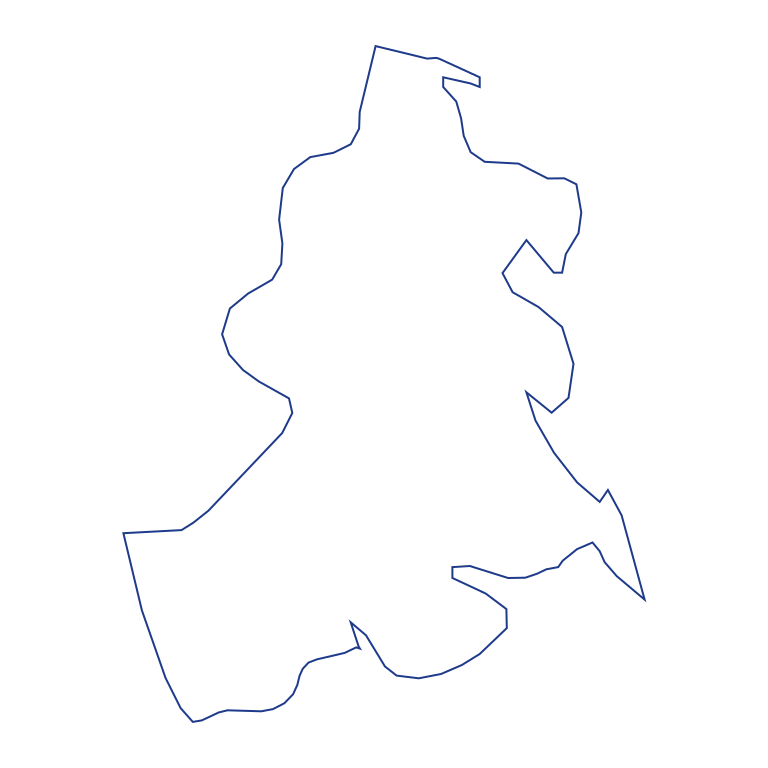 Hải Phòng, Natural Earth projection
{"feature_id": "VNM-4600", "entity_name": "Hải Phòng", "entity_type": "Province", "adm_level": 1, "iso_a3": "VNM", "parent_name": "Vietnam", "parent_adm1": "", "projection": "natural_earth1", "projection_center": [106.633, 20.813], "detail": "fine", "context": "isolated", "style": "outline", "palette": "blue", "viewbox_px": 768, "rotation_deg": 0, "n_neighbors": 0, "source": "natural_earth", "source_scale": "10m", "svg_char_len": 1425}
<svg xmlns="http://www.w3.org/2000/svg" viewBox="0 0 768 768"><path d="M436.5,57.9L439.1,58.7L479.7,77.3L479.7,87.0L470.7,83.5L443.2,77.3L443.2,87.0L456.3,101.6L461.1,118.4L463.7,135.8L470.7,152.2L484.7,161.8L518.5,163.6L547.7,178.5L564.3,178.3L576.4,184.3L581.3,212.5L578.5,233.1L565.8,254.1L562.1,272.7L553.8,272.7L526.4,240.1L502.5,273.1L512.6,292.2L538.6,307.1L562.1,327.0L573.5,363.8L568.5,397.9L551.6,412.7L526.4,392.3L535.5,420.6L554.1,452.9L577.1,482.4L599.7,501.9L607.9,490.0L621.6,515.3L644.6,599.6L616.7,576.1L604.6,562.1L599.7,551.2L592.5,542.5L577.1,549.1L562.7,560.7L558.2,567.1L546.4,569.3L536.9,573.8L525.3,577.7L508.1,578.0L469.8,566.0L452.4,567.1L452.4,578.0L485.8,593.6L506.4,609.1L506.8,628.1L479.7,654.0L461.9,665.0L441.0,674.0L418.8,678.3L396.6,675.6L385.0,666.5L366.0,635.3L350.7,622.3L358.6,646.4L359.9,648.6L356.2,647.4L344.7,652.9L316.8,659.4L308.5,662.6L302.8,668.7L299.6,675.7L297.3,685.0L293.1,694.2L284.4,703.2L273.0,709.1L261.3,711.3L227.4,710.3L218.6,712.5L201.8,720.4L192.8,721.9L180.6,708.1L165.6,678.1L141.9,610.4L123.4,533.2L181.5,530.1L193.3,522.7L208.3,510.8L282.2,433.0L292.3,413.0L289.0,398.4L258.7,381.4L243.0,370.0L229.1,354.5L222.1,334.3L229.9,308.5L248.0,293.6L272.2,279.6L281.2,264.2L282.4,243.4L279.1,219.6L282.8,188.0L294.0,169.0L310.3,157.1L333.5,152.8L350.8,144.2L359.1,128.7L359.7,111.9L375.6,46.1L427.1,58.6L436.5,57.9Z" fill="none" stroke="#1e3a8a" stroke-width="2"/></svg>